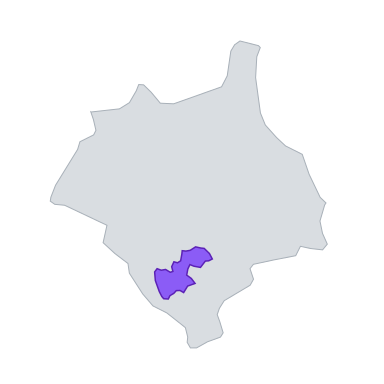 Kosovo, with Kosovska Mitrovica highlighted, rotated 186°
{"feature_id": "KOS-5894", "entity_name": "Kosovska Mitrovica", "entity_type": "District", "adm_level": 1, "iso_a3": "XKX", "parent_name": "Kosovo", "parent_adm1": "", "projection": "mercator", "projection_center": [20.905, 42.931], "detail": "fine", "context": "in_parent", "style": "filled", "palette": "violet", "viewbox_px": 384, "rotation_deg": 186, "n_neighbors": 0, "source": "natural_earth", "source_scale": "10m", "svg_char_len": 1538}
<svg xmlns="http://www.w3.org/2000/svg" viewBox="0 0 384 384"><g transform="rotate(186 192 192)"><path d="M103.2,133.1L123.4,126.5L126.3,121.8L121.7,111.7L124.4,105.4L148.6,87.3L152.6,79.2L154.1,72.7L150.8,65.9L146.3,55.2L148.5,50.7L161.0,44.6L171.2,37.4L177.3,36.8L181.1,42.0L181.1,47.3L184.4,56.4L191.9,61.2L204.4,69.1L218.9,74.6L230.3,85.4L245.8,104.7L248.2,114.2L262.2,122.7L275.1,132.3L273.1,150.0L317.3,165.5L327.2,165.4L332.0,168.1L331.8,172.1L328.4,184.5L310.2,222.4L308.7,230.3L295.8,238.5L294.0,243.3L297.6,253.7L301.0,261.1L300.8,261.0L272.9,267.1L263.6,274.3L258.0,286.8L256.2,293.3L251.3,293.5L243.1,287.0L232.8,277.0L219.4,277.8L173.6,299.7L169.1,311.2L168.1,336.2L165.0,342.9L160.1,347.2L141.2,344.5L139.2,342.8L141.7,333.3L140.7,312.4L132.2,277.7L126.1,266.3L113.6,255.0L103.8,247.6L86.3,241.0L77.4,221.9L64.0,200.1L57.6,195.1L58.7,193.0L61.7,176.5L57.9,164.5L52.0,154.3L56.1,148.1L68.3,148.2L78.5,149.3L82.2,139.5L103.2,133.1Z" fill="#d9dde1" stroke="#a8b0b8" stroke-width="1"/><path d="M209.0,82.9L211.1,84.9L214.1,89.5L219.2,100.1L220.8,108.6L218.7,112.1L214.4,111.0L210.2,112.2L205.2,109.9L202.7,111.0L204.4,115.6L202.7,120.7L199.0,120.1L196.1,122.4L195.6,129.2L195.6,132.6L191.9,132.6L187.7,133.8L182.7,137.8L177.3,137.2L174.0,137.2L168.2,132.6L164.8,127.5L168.2,125.3L171.5,124.7L175.7,117.9L182.3,118.4L186.5,119.6L188.1,115.0L188.6,108.8L183.6,105.9L179.4,101.4L186.5,98.0L189.8,91.1L193.6,92.8L197.3,92.3L199.4,89.4L203.1,86.6L204.4,83.1L209.0,82.9Z" fill="#8b5cf6" stroke="#5b21b6" stroke-width="1.5"/></g></svg>